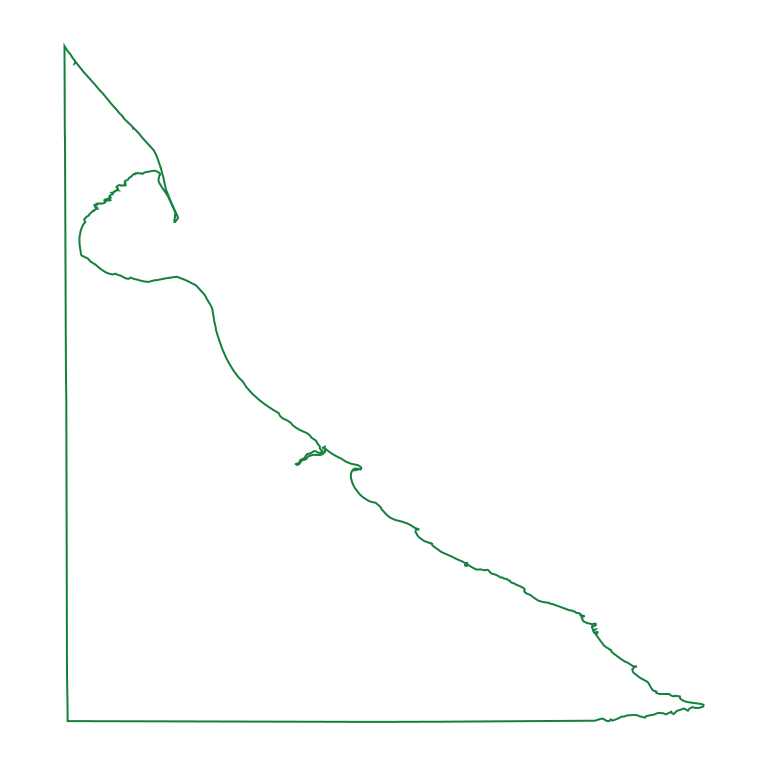 outline of Río Grande, Tierra del Fuego, Argentina
{"feature_id": "61730980B7053808465014", "entity_name": "Río Grande", "entity_type": "district", "adm_level": 2, "iso_a3": "ARG", "parent_name": "Argentina", "parent_adm1": "Tierra del Fuego", "projection": "robinson", "projection_center": [-67.769, -53.608], "detail": "fine", "context": "isolated", "style": "outline", "palette": "green", "viewbox_px": 768, "rotation_deg": 0, "n_neighbors": 0, "source": "geoboundaries", "source_scale": "gbopen_adm2", "svg_char_len": 6047}
<svg xmlns="http://www.w3.org/2000/svg" viewBox="0 0 768 768"><path d="M703.5,704.8L701.3,704.0L688.2,702.2L685.1,701.4L683.3,700.7L680.7,699.0L679.9,698.0L680.0,697.6L679.8,696.4L675.0,695.7L674.7,696.2L672.8,696.2L671.0,695.4L669.0,694.0L659.5,694.0L656.4,692.9L656.0,692.6L655.7,691.7L656.0,691.4L653.5,690.6L652.4,689.7L649.9,685.9L649.0,683.7L647.3,681.8L640.0,677.8L633.6,672.8L632.7,671.2L632.3,669.6L632.4,669.0L633.2,668.7L633.9,667.0L636.0,666.8L636.1,666.6L635.9,666.3L634.3,666.5L632.8,666.1L627.7,662.7L625.3,661.7L621.9,659.7L613.8,653.7L611.8,651.9L611.0,650.7L611.1,650.1L609.0,649.1L608.3,648.4L606.5,647.5L603.8,645.4L596.5,635.4L596.3,634.9L596.6,633.9L597.6,632.7L597.5,632.1L596.4,632.0L595.8,632.4L595.5,632.8L596.7,633.0L596.7,633.4L596.0,634.0L595.5,634.0L593.5,631.8L593.1,630.9L593.4,630.2L594.7,630.1L595.3,629.5L593.9,629.8L593.2,629.5L592.1,627.9L591.9,626.7L592.3,626.1L593.4,626.2L595.1,625.6L595.9,624.7L595.7,623.8L594.2,623.7L591.9,624.2L586.5,622.8L583.9,621.6L582.9,620.6L582.8,619.6L581.9,618.7L581.6,617.8L582.1,616.5L583.7,616.7L584.0,616.2L583.9,615.8L582.5,615.6L581.4,616.2L580.6,615.4L581.2,615.1L580.5,614.0L578.8,613.0L577.7,613.2L575.7,612.5L574.4,611.3L573.0,611.3L571.6,610.3L570.0,610.5L552.1,603.9L550.9,603.9L548.7,602.8L543.0,602.0L538.2,600.6L533.1,597.2L530.8,595.2L526.9,593.6L525.1,592.4L524.3,591.6L524.2,591.0L524.7,590.3L524.5,588.9L523.2,587.9L519.6,586.0L516.4,584.8L514.6,583.6L511.5,582.6L510.6,581.9L509.8,580.6L508.5,580.4L507.0,579.1L503.4,578.4L502.7,577.6L500.2,577.3L498.7,576.2L495.9,574.8L491.0,573.3L488.3,570.2L487.3,569.8L484.4,570.3L480.8,569.4L476.6,569.6L472.0,567.3L467.5,564.4L466.3,564.5L466.6,565.0L466.0,565.4L466.3,565.8L465.4,565.8L465.1,565.4L465.3,565.2L465.2,564.8L466.6,564.0L466.9,562.9L465.2,563.1L463.2,561.9L456.2,558.9L451.2,556.3L441.5,552.1L432.5,545.6L432.1,544.5L432.3,543.9L431.4,543.3L430.4,543.3L430.1,542.8L429.2,542.9L424.0,540.9L419.8,537.9L417.7,535.8L415.6,532.0L415.6,530.8L415.9,530.0L417.0,529.3L418.4,529.6L418.5,529.2L418.1,529.0L415.0,528.0L410.0,524.7L407.5,523.6L402.3,521.7L395.4,520.0L390.2,517.7L387.0,515.1L381.9,509.7L380.5,507.0L376.3,503.3L375.1,502.6L372.3,502.2L369.5,501.3L364.3,498.2L361.8,496.3L359.0,493.5L354.5,487.5L352.5,483.4L350.9,478.0L350.9,474.6L351.4,472.3L352.5,470.2L353.2,469.4L354.8,468.7L358.7,468.7L355.7,469.9L355.5,470.1L357.2,469.8L358.6,468.9L359.8,469.4L360.9,469.3L361.3,467.8L360.2,466.5L358.0,465.2L351.0,463.7L346.1,461.8L340.9,458.4L338.3,457.3L332.2,453.9L326.5,449.8L324.4,447.8L324.6,446.9L323.5,447.6L322.0,447.8L323.6,447.8L324.6,448.7L324.9,449.7L325.0,451.8L322.6,454.3L320.0,455.0L313.2,454.8L308.4,456.2L306.2,459.0L304.6,459.8L301.9,460.3L301.1,461.0L300.0,463.1L298.9,464.3L297.7,464.8L296.6,464.8L295.8,464.1L296.4,463.6L297.6,463.7L298.4,463.4L299.3,462.1L300.0,460.6L300.9,459.7L304.4,458.1L306.5,454.7L307.4,454.0L310.5,453.3L313.7,451.3L314.6,451.1L315.8,451.4L317.7,452.5L320.7,452.9L321.0,452.3L322.6,451.9L322.5,451.1L322.0,450.3L321.0,449.8L319.9,448.6L319.8,446.4L317.8,444.0L316.0,440.7L311.0,437.3L310.3,435.8L307.1,433.2L300.5,430.3L295.8,427.6L292.5,425.0L290.9,422.9L286.8,420.2L282.5,418.3L280.0,415.9L278.7,413.1L272.1,409.2L265.4,404.7L258.9,399.7L252.5,393.9L249.7,390.9L246.5,387.3L242.5,381.1L239.2,378.1L237.1,375.5L232.9,369.7L228.6,362.5L225.8,357.1L222.0,348.3L218.3,337.6L215.9,329.7L215.8,327.8L214.5,322.4L212.3,309.1L211.2,306.2L207.5,300.1L204.9,295.2L196.1,285.4L186.1,280.3L176.8,276.7L166.0,278.3L156.5,280.2L154.8,280.2L148.6,281.9L144.3,281.5L139.2,280.3L137.7,279.7L134.1,279.0L130.8,277.7L130.4,277.6L128.8,278.8L126.6,278.6L124.3,277.7L120.5,275.5L119.0,275.3L115.3,273.7L112.6,274.5L107.9,273.3L105.3,272.1L100.6,269.0L95.6,264.8L89.9,261.0L89.0,259.7L87.5,258.3L81.7,255.6L80.9,254.2L80.6,251.0L80.0,248.0L79.5,243.1L79.5,237.2L80.8,230.2L81.6,228.5L81.5,228.1L83.4,224.3L85.3,222.1L84.6,220.9L84.3,219.5L84.4,219.0L86.8,216.6L88.7,215.6L89.6,214.0L92.9,210.9L93.5,210.7L93.7,211.0L94.4,210.4L94.2,210.2L95.8,209.0L96.6,208.9L96.6,207.7L97.2,208.0L96.9,207.4L95.2,207.0L94.5,205.0L96.0,205.0L97.3,204.5L96.8,203.7L100.1,203.4L101.1,203.8L104.4,202.9L105.4,201.9L104.9,201.3L105.9,201.2L106.2,200.9L106.0,200.3L104.8,199.7L105.1,199.4L107.1,199.8L109.0,200.7L109.9,200.3L108.7,199.8L108.0,198.8L111.4,198.3L110.3,198.4L109.2,197.9L110.4,197.2L109.6,196.6L109.4,196.0L111.9,194.0L112.7,194.2L112.6,193.4L113.2,192.9L112.5,192.6L113.6,192.4L114.3,191.3L115.3,191.3L116.4,190.3L118.1,190.3L117.1,189.6L117.8,189.2L118.0,188.8L117.7,188.1L116.5,187.0L117.4,185.9L119.3,185.1L120.0,185.1L121.7,185.7L123.5,185.2L125.2,185.6L125.6,185.3L124.9,183.7L125.4,183.5L125.5,183.1L124.9,182.3L124.8,181.7L125.3,180.8L127.9,179.8L129.0,178.0L131.7,176.2L132.2,175.4L133.9,174.0L134.5,174.3L135.0,174.2L135.6,173.5L135.8,173.8L137.1,173.0L139.3,173.4L140.5,173.2L142.6,173.9L143.6,173.0L145.0,172.3L154.5,170.6L158.0,172.0L159.7,173.3L160.1,174.2L160.0,174.9L159.2,176.0L158.9,178.2L158.5,178.8L158.6,181.0L159.2,182.7L162.9,188.9L165.5,192.3L168.1,196.5L175.3,212.5L175.4,213.2L175.0,215.4L175.1,216.4L174.3,220.5L174.4,222.0L175.1,222.0L178.0,218.1L177.4,216.0L171.3,202.6L166.5,191.0L165.5,187.9L163.5,178.2L160.8,167.9L156.5,155.6L153.8,150.3L142.9,138.4L138.1,132.5L133.2,127.6L133.0,127.9L132.8,127.3L131.4,125.7L123.9,118.5L122.9,117.0L123.0,116.7L119.2,113.0L117.4,110.6L112.2,104.9L103.2,93.9L99.0,89.5L94.6,84.2L83.8,72.2L76.3,62.8L76.1,62.6L74.7,63.5L75.3,62.0L75.0,60.9L72.5,57.8L70.5,54.4L67.7,51.2L64.5,46.1L64.8,131.6L65.0,140.7L65.9,366.7L66.3,401.6L67.0,672.6L67.6,711.3L67.6,721.1L374.0,721.9L443.3,721.7L595.0,720.7L600.7,718.8L603.3,718.8L606.6,720.9L609.2,721.1L610.8,719.4L612.6,720.6L617.4,718.8L621.8,716.6L624.5,716.5L626.5,715.5L634.4,714.9L637.1,715.2L639.0,716.1L645.0,717.6L646.3,716.0L653.6,714.7L658.3,712.9L663.5,713.3L665.8,714.4L671.4,711.8L672.1,713.3L673.7,714.1L676.8,711.0L684.0,708.5L687.9,710.7L689.4,708.7L692.2,707.1L695.8,708.0L699.7,707.8L703.3,706.5L703.5,704.8Z" fill="none" stroke="#15803d" stroke-width="2"/></svg>